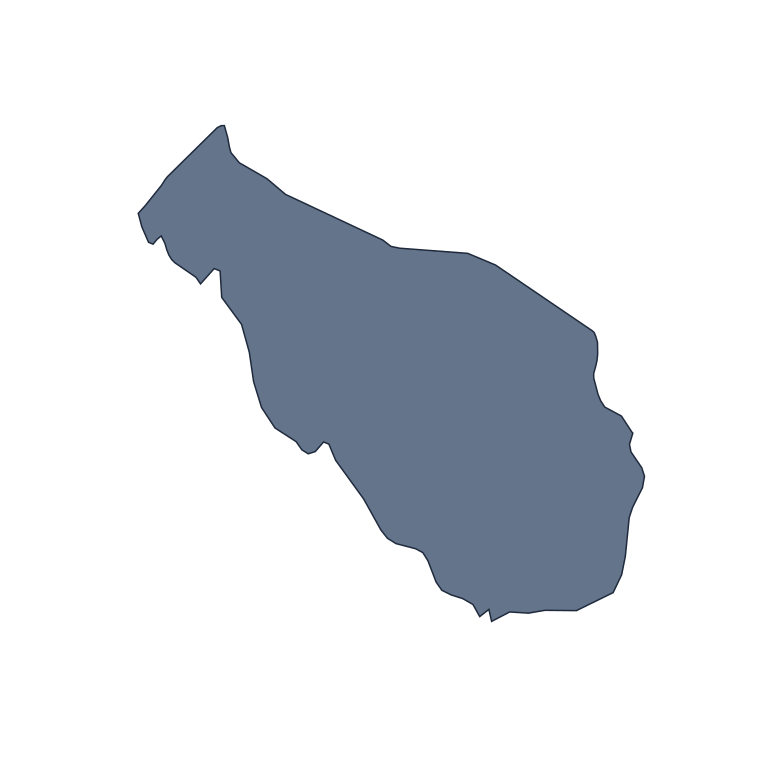 the County of Medimurska, rotated 202°
{"feature_id": "HRV-1609", "entity_name": "Medimurska", "entity_type": "County", "adm_level": 1, "iso_a3": "HRV", "parent_name": "Croatia", "parent_adm1": "", "projection": "albers", "projection_center": [16.526, 46.414], "detail": "fine", "context": "isolated", "style": "filled", "palette": "slate", "viewbox_px": 768, "rotation_deg": 202, "n_neighbors": 0, "source": "natural_earth", "source_scale": "10m", "svg_char_len": 1343}
<svg xmlns="http://www.w3.org/2000/svg" viewBox="0 0 768 768"><g transform="rotate(202 384 384)"><path d="M354.6,265.6L360.0,269.9L400.2,295.1L412.6,307.6L418.3,307.6L422.4,295.6L428.1,290.9L435.5,292.2L443.8,297.6L468.6,302.4L488.7,316.3L505.7,337.2L520.8,363.0L538.4,385.9L566.9,403.5L578.3,427.4L584.7,427.4L591.6,408.1L598.3,412.5L623.4,418.1L627.6,419.9L631.8,423.0L635.7,427.1L639.8,432.3L646.0,437.8L648.5,433.3L650.5,427.1L655.4,427.2L667.4,439.0L675.8,450.2L672.3,459.6L664.7,485.0L663.5,491.6L662.4,495.2L634.7,559.1L631.8,562.5L628.8,563.8L621.2,553.9L616.1,545.8L612.6,541.2L601.0,534.9L569.4,530.5L546.3,522.9L439.0,517.0L429.1,514.2L420.3,515.8L355.3,536.5L325.1,536.1L210.6,511.3L208.3,510.4L205.6,507.6L201.7,502.7L197.2,492.1L195.3,485.6L194.3,479.4L193.8,474.9L193.5,472.2L191.7,468.0L181.7,454.6L176.8,449.6L170.6,445.3L151.8,443.2L136.5,432.5L134.9,431.7L133.8,420.0L129.5,413.5L113.6,402.9L107.9,396.0L105.5,384.7L107.3,362.9L106.6,352.0L95.7,314.7L92.2,296.2L92.7,287.9L93.4,276.4L117.8,249.2L120.6,246.0L149.9,234.5L155.6,231.0L164.1,225.7L182.1,219.7L191.7,208.4L195.3,204.2L201.9,213.7L202.3,214.3L208.1,204.2L218.9,212.9L230.7,214.5L242.5,213.6L253.1,214.4L261.4,219.8L277.0,236.5L284.8,242.2L292.9,243.1L313.1,240.5L322.9,242.2L332.1,247.4L354.6,265.6Z" fill="#64748b" stroke="#1e293b" stroke-width="1.5"/></g></svg>